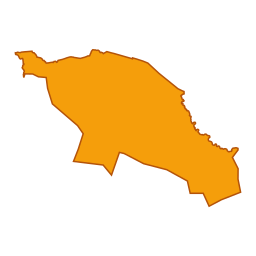 Altanbulag, Selenge, Mongolia (Mercator projection)
{"feature_id": "93677404B4874653776406", "entity_name": "Altanbulag", "entity_type": "district", "adm_level": 2, "iso_a3": "MNG", "parent_name": "Mongolia", "parent_adm1": "Selenge", "projection": "mercator", "projection_center": [106.819, 50.071], "detail": "fine", "context": "isolated", "style": "filled", "palette": "amber", "viewbox_px": 256, "rotation_deg": 0, "n_neighbors": 0, "source": "geoboundaries", "source_scale": "gbopen_adm2", "svg_char_len": 5404}
<svg xmlns="http://www.w3.org/2000/svg" viewBox="0 0 256 256"><path d="M238.0,148.4L236.5,147.8L235.3,147.8L234.1,148.1L233.5,148.1L232.9,148.2L231.9,149.3L231.8,149.6L231.7,149.8L231.7,150.2L231.8,150.4L231.8,150.7L231.6,151.1L231.1,151.4L230.2,151.3L229.2,151.8L228.8,151.8L228.3,151.6L227.7,151.0L227.4,150.8L227.1,150.3L227.0,149.8L226.9,149.5L226.6,149.2L226.2,149.0L225.6,148.8L225.0,148.7L224.3,148.8L223.6,149.2L223.3,149.1L222.6,148.6L222.4,148.5L222.0,148.7L221.6,148.4L221.5,148.5L221.3,148.6L221.1,148.6L220.7,148.7L220.2,148.3L220.0,148.0L219.8,147.5L219.7,147.0L219.5,146.6L219.3,146.4L219.0,146.1L218.8,146.0L218.5,146.0L218.3,146.0L217.5,146.5L217.3,146.6L217.0,146.5L216.7,146.4L216.6,146.1L216.5,145.6L216.6,145.0L216.5,144.7L216.1,144.1L215.9,144.0L215.5,144.0L215.2,144.1L215.0,144.4L214.9,144.6L214.7,145.0L214.4,145.2L214.2,145.3L213.4,145.1L212.6,144.7L212.4,144.5L212.3,144.3L212.3,143.8L212.3,143.6L212.1,143.0L211.9,142.5L211.5,141.9L210.7,141.5L210.2,141.3L209.7,141.3L209.2,141.1L208.8,140.8L208.6,140.6L208.4,140.2L208.3,139.7L208.3,139.2L208.5,138.6L208.6,138.4L208.7,138.1L208.9,137.9L209.6,137.5L209.8,137.3L209.8,137.0L209.7,136.2L209.5,135.9L209.3,135.8L209.0,135.7L208.2,135.6L207.4,135.4L207.0,135.0L206.4,134.4L205.9,134.1L204.8,134.2L204.2,134.7L203.8,134.9L203.5,135.0L203.3,135.0L203.0,135.0L202.9,134.9L202.8,134.7L202.6,134.6L201.6,134.7L201.1,134.6L199.9,134.2L199.7,134.1L199.3,133.3L199.1,133.1L198.4,132.5L198.1,132.1L198.1,131.9L198.1,131.5L198.5,130.9L198.6,130.6L198.7,130.1L198.6,129.9L198.4,129.6L198.2,129.5L197.5,129.3L197.1,129.4L196.8,129.6L196.6,129.8L196.1,130.6L195.9,130.5L195.7,129.8L195.5,129.5L194.7,128.8L194.7,128.7L194.8,128.4L195.1,128.1L195.1,127.9L194.9,127.6L194.4,127.5L194.3,127.3L194.4,127.1L193.9,126.3L193.8,126.0L193.9,125.4L194.0,125.1L194.1,124.8L195.0,124.1L195.3,123.8L195.5,123.5L195.5,123.1L195.5,122.9L195.4,122.7L195.1,122.3L194.9,122.2L193.8,122.4L193.6,122.5L193.4,122.6L193.2,122.8L193.1,123.3L193.0,123.5L192.8,123.7L192.5,123.7L192.3,123.6L191.9,123.1L191.5,122.3L190.8,120.6L190.8,120.3L191.0,119.7L190.8,119.1L190.7,118.4L190.7,117.9L190.9,117.4L191.1,117.0L191.1,116.7L190.8,116.2L190.6,116.1L190.1,116.0L189.8,115.9L189.5,115.6L189.5,115.4L189.5,115.2L189.8,114.6L189.8,114.3L189.7,113.9L189.6,113.4L189.3,112.7L188.7,111.2L188.3,110.9L188.0,110.8L187.4,110.9L187.1,110.8L187.0,110.6L187.0,110.3L187.0,110.2L186.9,110.0L186.5,110.0L186.4,109.7L186.2,109.5L186.2,109.3L186.2,109.2L185.8,109.0L185.5,108.8L185.2,108.7L185.1,108.3L184.8,108.0L184.9,107.7L184.7,107.6L184.5,107.4L184.5,107.2L184.6,106.9L184.6,106.5L184.7,106.4L184.6,106.2L184.4,106.1L184.2,105.6L184.0,105.4L183.7,105.5L183.3,105.4L183.1,105.3L183.0,105.0L182.9,104.7L182.9,104.4L183.0,104.1L183.0,103.9L182.9,103.7L182.3,103.4L182.1,103.4L181.6,103.6L181.5,102.6L181.6,102.3L181.7,102.2L182.0,102.1L182.0,101.6L182.8,101.2L183.1,101.2L183.4,101.3L183.6,101.4L184.0,100.8L184.0,100.7L183.7,100.5L183.5,100.4L183.5,100.2L183.3,99.6L183.0,99.4L182.5,99.4L181.9,98.8L181.9,98.3L181.7,97.5L181.5,97.3L181.5,97.1L181.5,96.9L181.0,96.4L180.9,95.9L181.0,95.5L181.3,95.4L181.8,95.1L182.0,95.0L182.0,94.7L183.0,94.1L183.6,94.1L183.8,94.1L184.0,94.0L184.1,93.7L184.0,91.5L182.4,90.9L177.9,88.7L158.9,73.3L155.9,70.5L147.9,63.1L143.0,61.1L136.5,59.0L132.6,57.9L132.5,58.8L114.0,53.5L111.1,52.8L106.8,51.6L105.6,52.3L103.3,53.6L103.0,53.1L102.5,52.7L102.0,52.6L101.4,52.3L101.1,52.3L100.7,52.6L100.4,52.6L100.2,52.5L100.0,52.3L99.5,51.2L98.2,50.2L97.7,50.2L96.7,50.4L95.2,49.9L94.6,50.0L93.6,49.8L92.6,49.8L92.3,50.3L91.9,50.7L91.5,51.3L91.3,51.7L91.1,52.2L90.9,53.0L90.6,53.4L89.6,55.8L87.6,56.0L87.3,56.1L86.8,56.5L85.0,57.1L84.3,57.4L84.0,57.4L80.4,58.4L79.9,58.3L79.4,58.3L75.2,57.6L73.7,57.4L73.2,57.1L72.6,57.1L71.5,56.9L70.5,56.9L69.3,57.1L68.1,57.5L67.2,57.7L64.8,58.6L62.4,59.4L58.1,60.4L57.7,61.2L57.5,61.7L56.7,62.3L56.3,61.9L55.7,61.3L54.0,61.5L53.9,61.7L53.2,62.5L52.6,62.4L52.5,62.2L49.9,62.6L48.6,62.9L48.0,62.9L46.3,63.1L45.9,62.8L45.7,62.2L45.5,61.8L45.1,61.5L44.5,61.5L44.3,61.0L44.1,60.5L44.0,60.4L43.1,60.4L42.9,60.3L42.7,60.1L42.3,59.5L42.1,59.0L41.9,58.7L41.6,58.5L41.2,58.3L41.0,58.1L40.7,57.9L36.9,57.1L36.8,56.4L36.5,55.9L36.2,55.4L36.0,54.9L35.6,54.3L34.6,53.5L34.4,53.1L34.1,52.8L33.8,52.7L33.3,52.8L32.9,52.6L32.3,52.2L32.0,51.2L26.0,51.7L25.7,51.7L21.7,52.1L21.3,52.2L20.0,52.7L17.6,52.2L16.9,52.5L16.5,52.6L16.2,52.7L16.2,52.9L16.0,53.0L15.8,53.0L15.7,52.9L15.4,52.8L15.4,53.2L15.5,54.0L15.6,54.3L15.8,54.5L16.0,54.6L16.3,54.7L16.7,54.7L17.0,54.7L18.0,55.3L18.3,55.7L19.5,58.1L19.9,58.6L20.3,58.9L20.6,59.0L21.0,58.9L22.1,58.4L22.3,58.4L22.6,58.5L23.0,59.8L23.0,61.0L23.3,62.1L23.2,62.5L23.1,63.0L23.3,63.5L23.7,63.6L23.8,63.8L23.9,64.1L23.8,64.4L23.7,64.7L23.1,64.9L22.8,65.5L22.7,65.8L22.7,66.2L22.7,66.8L22.3,67.3L22.2,67.6L22.2,67.8L22.3,68.0L22.7,68.6L23.1,69.2L23.7,69.8L23.8,69.9L23.8,70.2L24.0,70.5L24.3,71.0L24.3,71.4L24.2,71.7L23.8,72.3L23.7,72.8L23.6,73.2L23.7,73.5L23.7,73.9L23.5,74.4L23.4,74.5L23.5,74.9L23.5,75.8L23.8,77.5L24.9,73.9L32.7,74.0L38.4,76.8L46.2,77.5L47.6,88.4L52.4,103.9L77.6,125.6L83.2,133.7L78.3,149.1L73.5,161.4L103.1,165.0L111.5,175.1L119.4,152.4L124.1,153.5L143.7,163.7L166.8,169.7L187.4,181.0L190.2,193.3L203.2,193.3L209.1,206.2L221.2,199.8L240.6,192.2L238.0,179.1L238.1,168.7L232.4,157.4L238.0,150.0L238.0,149.1L238.0,148.7L238.0,148.4Z" fill="#f59e0b" stroke="#b45309" stroke-width="1.5"/></svg>